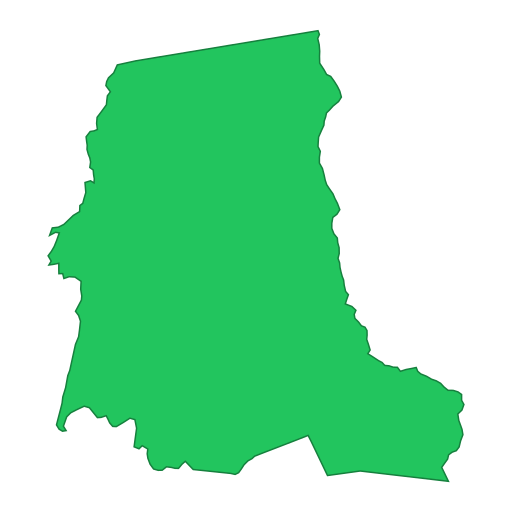 outline of Iracema, Ceará, Brazil
{"feature_id": "56859067B18871619183331", "entity_name": "Iracema", "entity_type": "district", "adm_level": 2, "iso_a3": "BRA", "parent_name": "Brazil", "parent_adm1": "Ceará", "projection": "natural_earth1", "projection_center": [-38.338, -5.764], "detail": "fine", "context": "isolated", "style": "filled", "palette": "green", "viewbox_px": 512, "rotation_deg": 0, "n_neighbors": 0, "source": "geoboundaries", "source_scale": "gbopen_adm2", "svg_char_len": 2889}
<svg xmlns="http://www.w3.org/2000/svg" viewBox="0 0 512 512"><path d="M117.3,64.9L113.7,72.9L108.5,77.8L106.7,81.5L105.9,85.6L110.4,91.8L107.4,95.8L106.8,100.6L106.4,104.8L101.0,112.2L97.1,117.3L96.6,123.4L97.4,129.5L94.0,130.9L90.2,131.5L86.1,136.8L86.6,141.2L87.2,145.2L87.0,149.4L88.3,154.2L89.8,157.9L90.6,162.0L89.8,167.5L93.2,170.0L93.6,174.8L94.3,178.8L94.0,182.9L90.5,180.8L85.0,182.5L85.8,192.6L83.9,199.0L82.8,203.3L79.9,205.5L79.6,211.6L73.3,215.4L68.2,220.3L63.9,224.4L58.3,227.2L52.3,227.9L49.6,235.4L55.5,232.3L59.3,232.9L56.6,240.6L54.2,246.5L51.5,251.2L48.1,255.8L51.2,261.1L48.9,265.0L53.2,264.4L58.8,263.3L58.8,269.6L58.9,273.7L62.7,273.6L63.9,278.5L69.1,276.7L75.0,277.1L81.1,281.3L80.7,289.2L81.8,296.0L81.4,300.1L75.5,311.3L78.6,315.5L80.5,321.2L79.4,330.9L78.6,336.8L75.5,344.3L70.7,366.2L69.8,370.4L67.8,375.6L65.6,387.8L62.8,397.0L62.1,403.1L60.5,409.5L57.6,420.6L56.5,424.9L59.1,429.2L62.5,431.2L66.1,430.6L63.4,426.2L66.7,416.8L70.7,412.8L76.3,409.9L80.1,408.1L84.2,406.2L89.4,407.7L97.4,417.6L101.0,417.4L106.2,415.7L108.0,419.2L109.7,422.9L112.7,426.4L116.3,426.6L123.4,422.4L129.9,418.2L134.9,419.6L136.6,428.2L134.1,446.8L139.0,448.8L142.2,445.7L147.8,449.0L147.2,453.8L147.9,458.3L150.1,464.2L153.6,469.0L158.2,470.3L162.2,470.2L166.5,466.8L171.3,467.4L175.0,468.3L178.5,468.4L182.0,464.2L185.3,461.3L193.2,469.5L230.7,473.4L235.1,474.4L238.6,472.7L241.3,469.0L244.0,464.8L248.0,460.8L251.9,458.7L254.6,456.2L262.2,453.2L294.1,440.9L308.1,435.4L311.4,441.9L327.5,475.5L360.2,471.0L448.4,481.3L441.7,467.4L444.7,463.1L447.6,459.1L448.6,454.8L452.3,452.1L456.3,450.7L459.1,447.0L460.6,440.8L462.9,434.7L462.0,429.4L460.7,425.7L458.8,420.5L457.8,414.0L461.9,410.1L463.9,404.5L461.6,400.3L461.6,394.5L458.0,391.9L453.2,390.4L448.0,390.3L443.9,386.9L440.6,383.3L436.2,380.8L431.5,379.2L426.6,376.3L420.7,373.9L417.7,371.3L416.2,367.5L412.0,368.4L406.1,369.5L400.4,371.3L397.4,367.3L393.2,367.2L389.0,365.8L384.7,365.4L382.1,362.5L378.3,360.5L372.7,356.8L367.8,353.7L370.1,350.0L368.4,344.3L366.7,339.4L367.1,335.1L367.0,330.6L365.0,327.2L361.4,325.8L358.6,322.1L354.9,318.4L354.2,314.4L355.9,310.3L351.9,306.5L345.3,303.9L346.8,299.2L348.4,294.7L345.6,291.4L344.2,285.2L343.6,280.0L342.2,276.4L341.0,272.0L340.0,267.4L339.6,262.9L338.0,258.3L339.2,253.6L339.1,247.7L337.7,242.6L337.3,238.0L333.9,233.8L331.8,228.4L331.8,223.3L332.8,217.4L336.9,214.3L339.8,209.7L337.4,203.3L334.9,198.5L333.0,193.9L329.2,188.5L326.7,184.7L325.2,180.2L324.1,175.0L322.4,168.4L319.4,163.1L319.4,157.2L320.3,151.3L318.0,146.6L318.2,142.5L318.6,137.0L321.6,130.2L323.9,125.2L324.2,121.1L325.6,117.0L326.5,112.9L329.3,110.2L333.0,106.1L338.6,101.5L341.4,97.1L339.8,91.2L337.3,86.2L334.1,81.1L330.7,76.4L326.6,74.5L323.9,69.6L319.7,63.2L319.5,56.3L319.7,51.2L319.2,44.8L317.7,38.4L319.4,34.5L318.0,30.7L136.0,60.8L117.3,64.9Z" fill="#22c55e" stroke="#15803d" stroke-width="1.5"/></svg>